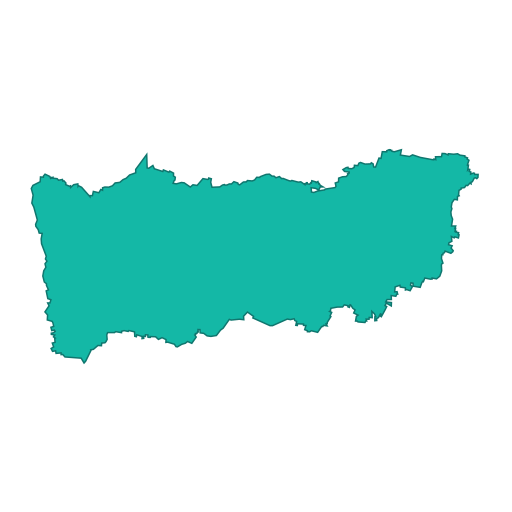 the district of U Thong, Suphan Buri, Thailand, rotated 89°
{"feature_id": "78962969B35479109951050", "entity_name": "U Thong", "entity_type": "district", "adm_level": 2, "iso_a3": "THA", "parent_name": "Thailand", "parent_adm1": "Suphan Buri", "projection": "orthographic", "projection_center": [99.878, 14.426], "detail": "fine", "context": "isolated", "style": "filled", "palette": "teal", "viewbox_px": 512, "rotation_deg": 89, "n_neighbors": 0, "source": "geoboundaries", "source_scale": "gbopen_adm2", "svg_char_len": 6067}
<svg xmlns="http://www.w3.org/2000/svg" viewBox="0 0 512 512"><g transform="rotate(89 256 256)"><path d="M181.3,32.7L178.3,32.5L178.3,36.0L177.1,36.1L176.8,37.0L177.9,40.0L175.8,39.7L175.2,41.3L173.2,40.8L172.8,42.0L173.6,42.8L168.9,42.0L168.9,43.0L167.9,42.8L164.0,41.4L162.8,43.2L161.6,42.8L160.5,45.5L159.5,45.4L158.7,50.4L157.3,52.6L157.7,56.5L157.1,61.9L158.3,62.2L156.9,65.2L156.7,68.1L159.9,68.8L159.9,74.8L162.8,74.6L162.1,76.3L162.9,76.5L162.7,78.2L160.3,90.0L157.6,97.7L159.2,100.7L157.6,109.9L152.3,108.8L154.2,115.8L153.7,118.3L152.7,118.5L152.8,120.1L152.1,120.0L152.0,121.0L153.0,123.4L154.1,123.5L153.9,127.9L160.6,129.3L160.2,131.3L169.2,134.9L169.0,136.8L165.9,137.3L164.8,139.1L165.9,139.8L166.0,145.4L164.3,149.9L165.0,151.5L167.4,152.6L167.0,156.0L169.2,156.3L170.4,158.7L170.1,162.2L168.9,162.5L169.2,164.2L171.1,167.6L173.0,166.0L173.7,161.3L174.8,161.4L175.4,163.0L176.3,162.7L178.1,164.3L178.3,168.2L179.6,172.0L183.3,172.2L184.4,175.5L187.8,174.8L189.0,175.8L190.3,185.7L191.1,186.2L192.1,193.2L193.5,197.0L193.1,199.4L188.7,199.7L189.4,195.3L191.1,192.1L188.1,190.6L188.1,187.8L186.5,190.5L184.7,191.5L185.0,192.0L182.6,192.8L183.7,194.5L183.0,194.7L181.7,198.9L184.0,199.4L183.8,200.1L185.2,201.1L184.7,203.5L183.6,203.5L183.6,204.4L184.8,204.4L184.6,205.9L185.5,205.9L182.6,209.9L182.9,212.4L181.1,218.9L181.7,220.0L181.3,221.7L178.9,227.6L179.1,228.9L177.0,231.2L178.1,234.7L176.5,236.5L176.4,238.6L174.4,241.2L174.6,244.5L176.8,250.5L177.5,250.9L177.3,253.9L180.0,256.1L180.9,258.5L180.4,263.3L181.7,264.3L181.8,267.3L184.6,271.1L184.0,272.5L182.7,272.9L181.3,276.8L183.5,279.2L183.5,281.5L184.5,283.7L184.6,285.8L184.0,286.3L184.5,288.3L186.3,291.0L186.5,298.8L181.5,300.0L178.0,299.3L177.2,301.9L178.4,302.2L178.6,303.2L177.7,307.7L184.4,313.6L183.7,317.8L185.9,320.5L181.6,326.5L181.2,329.3L182.5,334.4L181.9,337.6L179.4,336.7L178.6,335.7L175.8,335.3L174.6,337.1L171.7,337.0L169.6,340.8L170.7,341.6L168.3,347.1L169.9,347.7L167.0,356.1L163.7,357.5L166.4,361.7L166.1,363.3L152.6,363.5L167.3,374.8L170.7,374.8L172.8,381.0L176.0,384.4L177.3,387.6L180.0,390.9L180.5,395.6L183.3,398.3L184.6,402.0L184.4,405.9L185.1,408.2L187.6,408.3L186.8,410.0L190.0,412.0L188.6,417.5L192.8,418.5L192.7,420.8L193.9,420.9L184.2,429.2L182.6,432.3L183.2,432.7L180.8,432.9L181.5,437.0L184.3,440.2L182.6,440.3L183.0,441.3L181.3,445.1L179.7,444.8L177.5,446.7L177.8,447.8L176.1,448.2L176.8,452.1L175.2,453.5L174.6,458.1L173.8,457.7L173.9,459.0L174.6,459.1L174.9,460.0L172.9,460.7L170.5,465.5L172.5,467.2L173.5,467.2L173.2,470.1L178.0,470.5L181.5,477.8L184.6,479.5L191.3,477.8L199.2,479.2L203.2,477.3L216.2,474.0L220.5,475.8L222.5,475.6L225.8,473.3L229.3,472.4L229.7,469.4L235.2,470.5L240.0,470.2L252.6,465.7L255.3,466.6L257.5,465.1L260.1,467.1L263.6,466.3L267.1,468.5L272.3,469.5L278.3,468.1L280.0,466.0L281.8,466.0L286.2,464.1L287.2,466.4L295.0,464.9L296.1,461.8L299.3,462.8L299.3,465.1L302.2,463.8L308.2,468.0L311.3,465.4L316.3,465.8L317.8,460.9L319.7,460.1L322.9,459.5L323.7,462.3L327.0,461.5L326.5,458.9L327.9,458.1L329.3,460.1L329.6,462.0L330.8,462.0L331.5,458.6L333.3,459.9L334.6,458.1L335.0,458.7L338.8,458.4L339.5,461.2L343.4,459.9L344.9,462.5L347.8,461.1L347.3,458.0L349.9,457.6L349.5,452.6L351.2,452.6L351.1,450.9L353.6,448.8L355.1,432.6L360.0,429.8L358.3,428.2L347.6,422.7L346.9,422.9L346.5,420.2L342.7,415.6L343.0,412.1L340.4,411.8L340.1,408.5L339.0,407.5L336.8,406.3L332.2,406.6L330.0,405.7L330.1,398.8L329.2,397.6L330.3,391.8L328.9,391.7L328.3,389.2L329.2,385.1L328.3,384.4L329.7,378.8L334.2,378.6L334.6,377.0L332.7,376.6L334.5,371.2L336.6,371.4L336.4,369.7L334.3,369.8L334.5,368.0L332.8,367.9L333.0,365.5L335.2,365.5L335.5,364.6L335.5,363.1L334.7,363.1L335.0,357.8L337.7,355.0L336.0,351.4L338.0,347.4L340.8,347.6L340.6,345.8L342.8,339.1L345.2,337.6L345.5,336.2L343.0,331.8L342.0,328.2L340.3,325.9L342.2,321.7L336.0,317.2L333.9,318.6L333.4,317.7L332.5,317.9L332.3,316.4L330.6,315.7L330.8,315.1L328.5,315.3L328.6,313.3L331.9,313.2L332.4,309.6L335.0,306.3L335.6,302.5L334.8,297.0L329.5,292.8L327.6,290.1L318.9,283.8L319.6,282.0L318.9,273.7L319.5,269.3L316.0,269.5L311.9,265.5L316.3,259.5L317.9,260.2L325.9,243.2L325.9,240.6L319.6,225.8L320.2,222.7L319.4,219.0L321.2,218.3L322.1,216.5L326.0,217.4L326.2,215.9L324.5,215.6L324.9,209.7L326.2,209.7L326.4,207.3L330.5,208.6L331.6,205.9L332.6,205.9L332.7,203.6L331.7,202.0L333.4,195.7L327.7,191.6L327.7,190.5L326.5,189.6L327.1,186.1L325.1,187.2L324.9,186.0L323.6,185.9L317.9,182.2L317.2,183.0L313.7,181.3L312.7,183.4L312.1,182.5L309.6,182.1L308.5,175.7L308.5,170.3L306.4,168.6L307.3,164.8L308.4,165.0L309.0,163.5L306.4,162.8L306.5,162.3L310.0,160.1L311.6,157.9L314.7,159.3L316.9,155.0L318.1,156.7L322.8,157.6L322.9,155.7L323.7,155.2L324.4,148.2L322.8,147.3L322.9,146.5L321.0,147.0L321.2,144.1L319.4,143.9L319.7,140.9L313.4,141.1L315.8,138.6L318.6,137.4L318.8,138.2L322.8,138.3L322.6,136.4L320.7,136.6L319.7,134.6L317.8,133.6L318.9,131.7L318.0,131.3L317.1,133.2L316.0,132.6L317.1,130.7L311.6,127.6L308.8,126.2L307.9,127.9L305.4,126.6L308.3,121.6L304.9,121.4L304.1,127.1L301.8,125.7L301.9,121.4L297.9,121.5L298.7,116.9L296.6,115.9L296.6,115.0L294.1,115.6L294.3,118.0L289.3,117.4L287.8,112.6L289.6,112.3L290.4,107.2L292.6,107.2L292.2,105.9L293.4,102.5L289.3,100.1L287.8,102.1L285.5,101.5L286.0,99.4L288.9,99.5L290.2,92.4L285.7,90.7L284.2,89.7L284.6,89.1L281.0,87.6L282.2,82.0L282.1,80.3L281.1,80.3L282.0,75.9L279.4,72.6L274.1,70.6L268.4,70.8L267.1,70.4L266.4,69.2L261.9,70.6L258.1,70.3L258.0,69.1L256.6,69.0L256.0,67.5L254.4,66.9L256.7,61.1L255.2,59.2L254.2,58.7L251.5,60.8L249.2,59.7L248.1,63.3L246.2,62.9L244.7,59.9L239.9,60.3L241.3,57.5L240.3,56.9L241.5,53.3L238.4,52.6L238.2,53.5L236.2,53.0L235.5,55.7L234.8,55.4L234.9,56.6L231.9,55.9L231.9,56.7L229.5,55.8L229.4,60.0L222.6,58.8L219.0,60.1L215.3,60.4L212.1,59.3L210.4,59.9L206.1,59.1L202.8,56.7L203.4,53.7L199.9,53.5L199.3,51.8L198.3,52.4L193.9,51.9L192.8,49.8L191.7,49.7L191.2,46.3L189.0,44.7L189.3,43.2L186.9,40.9L187.6,39.7L186.1,39.8L185.5,38.4L181.9,36.4L181.6,35.2L182.5,33.9L181.3,32.7Z" fill="#14b8a6" stroke="#0f766e" stroke-width="1.5"/></g></svg>